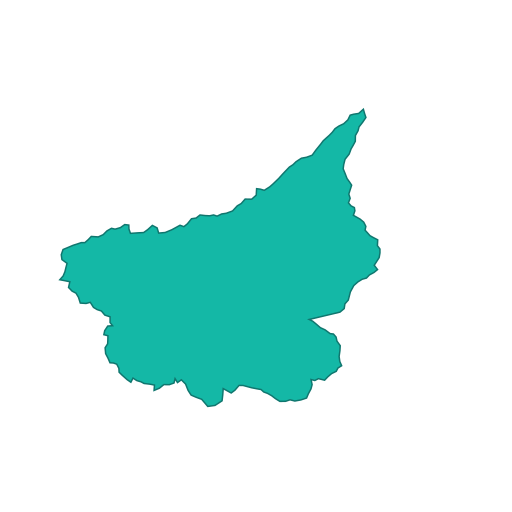 outline of Mandirituba, Paraná, Brazil, rotated 46°
{"feature_id": "56859067B10797338801993", "entity_name": "Mandirituba", "entity_type": "district", "adm_level": 2, "iso_a3": "BRA", "parent_name": "Brazil", "parent_adm1": "Paraná", "projection": "mercator", "projection_center": [-49.327, -25.815], "detail": "fine", "context": "isolated", "style": "filled", "palette": "teal", "viewbox_px": 512, "rotation_deg": 46, "n_neighbors": 0, "source": "geoboundaries", "source_scale": "gbopen_adm2", "svg_char_len": 2908}
<svg xmlns="http://www.w3.org/2000/svg" viewBox="0 0 512 512"><g transform="rotate(46 256 256)"><path d="M281.9,422.7L284.0,417.3L284.5,411.6L288.3,407.8L290.4,403.2L288.0,399.4L292.5,400.4L293.2,395.7L299.2,395.6L305.5,398.2L311.0,399.3L316.0,397.2L321.4,394.6L330.7,395.2L335.0,389.3L336.6,381.0L332.8,376.4L328.6,371.7L337.3,369.0L337.9,364.4L337.3,358.1L340.2,355.2L347.7,350.7L352.0,347.7L355.6,345.1L359.2,344.9L362.9,343.1L367.3,341.8L372.1,341.1L377.2,339.8L381.1,335.6L383.1,331.4L387.3,328.8L390.7,323.7L393.3,318.3L391.5,314.1L389.8,308.8L387.5,305.0L383.1,302.2L386.4,300.2L387.6,296.3L393.0,292.9L392.8,288.2L393.1,283.3L394.7,278.4L393.5,274.9L394.4,270.6L390.1,269.0L386.0,266.0L382.4,261.4L379.0,257.7L373.5,256.9L369.9,254.7L365.9,254.5L363.3,256.6L357.1,257.6L352.2,259.5L346.6,260.0L342.3,260.5L338.6,261.8L354.7,234.6L355.1,229.1L352.2,225.3L351.8,220.2L347.4,213.1L345.2,206.2L345.4,200.8L346.5,195.7L348.6,191.9L348.4,187.6L349.8,182.6L350.2,178.0L344.8,177.4L342.7,168.5L339.9,164.7L337.1,162.0L332.9,161.5L328.9,157.2L323.9,158.9L320.5,159.9L316.4,159.7L313.2,159.6L311.0,156.4L306.5,155.0L301.7,155.5L294.4,157.7L292.2,153.5L289.5,151.6L286.0,152.8L282.0,152.6L279.9,148.2L275.9,146.2L273.8,142.3L271.5,138.0L267.7,137.3L263.5,136.7L258.8,134.7L253.8,132.7L251.1,129.3L248.3,124.8L247.4,118.2L245.0,113.2L243.9,109.3L242.5,104.9L238.4,100.8L236.8,95.6L234.7,92.2L233.9,86.4L232.7,80.7L228.9,78.9L225.0,76.8L224.8,83.1L221.8,87.3L220.1,90.4L221.9,95.3L221.8,101.0L220.1,106.1L219.3,110.7L220.0,115.2L220.1,119.8L219.8,127.4L220.5,131.9L221.4,139.3L222.5,145.6L220.1,151.0L217.2,155.4L216.0,161.5L216.0,166.1L215.2,170.2L215.4,175.7L215.6,180.1L216.0,185.9L216.0,193.5L215.8,198.0L214.5,204.4L211.0,206.4L208.0,208.8L212.4,213.6L212.1,219.7L207.5,224.3L208.0,230.2L206.9,234.6L207.3,241.6L204.6,247.7L201.9,251.5L200.3,256.3L197.0,258.0L194.9,261.4L191.7,264.4L187.6,267.8L187.1,272.7L184.4,276.5L185.2,283.1L184.8,287.5L181.1,289.3L179.7,294.4L178.6,298.4L176.0,305.0L171.9,310.1L167.1,307.6L162.0,309.3L161.8,315.5L161.1,320.5L157.2,325.0L152.5,330.6L148.4,328.7L145.4,326.0L142.2,328.6L141.4,333.8L138.8,338.7L135.7,340.7L134.4,345.8L134.5,351.1L132.7,356.2L127.5,360.9L127.7,365.2L127.5,369.8L125.0,372.4L123.3,376.0L121.3,380.0L120.0,383.4L117.3,390.3L119.8,395.2L123.8,398.1L130.0,397.0L132.3,400.8L134.6,404.4L136.4,408.6L136.8,413.6L140.5,411.0L145.2,407.8L148.4,412.7L153.5,412.7L157.7,411.3L162.4,412.4L167.8,415.1L172.1,411.2L174.2,407.4L180.1,408.6L184.2,407.5L188.2,405.4L193.5,405.8L198.4,403.2L202.5,407.2L206.5,407.6L203.4,411.3L204.6,416.7L206.9,420.1L210.5,417.9L213.2,420.6L216.1,423.7L217.2,428.3L221.8,432.0L226.6,433.4L231.4,435.2L233.9,432.9L237.1,431.3L241.6,432.7L244.5,435.2L248.6,435.1L255.4,434.6L259.9,433.7L258.4,429.3L262.8,428.3L266.7,426.1L269.9,425.1L274.3,421.5L278.3,418.7L281.9,422.7Z" fill="#14b8a6" stroke="#0f766e" stroke-width="1.5"/></g></svg>